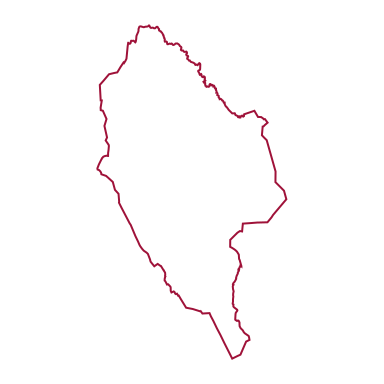 Kalncempju pag., Aluksne, Latvia (Robinson projection), rotated 269°
{"feature_id": "27541924B44633250029767", "entity_name": "Kalncempju pag.", "entity_type": "district", "adm_level": 2, "iso_a3": "LVA", "parent_name": "Latvia", "parent_adm1": "Aluksne", "projection": "robinson", "projection_center": [26.892, 57.332], "detail": "fine", "context": "isolated", "style": "outline", "palette": "rose", "viewbox_px": 384, "rotation_deg": 269, "n_neighbors": 0, "source": "geoboundaries", "source_scale": "gbopen_adm2", "svg_char_len": 6009}
<svg xmlns="http://www.w3.org/2000/svg" viewBox="0 0 384 384"><g transform="rotate(269 192 192)"><path d="M183.1,286.2L191.7,284.0L200.4,275.6L211.1,275.9L242.5,267.6L245.2,265.0L247.5,262.9L256.2,263.8L256.4,264.7L257.7,266.0L260.0,268.8L263.6,266.2L263.5,265.0L263.9,264.9L265.7,262.5L265.9,259.3L272.1,255.8L268.8,245.5L267.0,245.3L266.5,244.6L266.7,244.1L267.4,243.9L267.5,243.3L267.2,242.9L267.1,242.5L266.6,242.0L265.7,241.8L265.6,241.5L266.7,241.3L266.9,240.5L266.1,240.1L265.9,239.8L266.0,239.4L266.7,239.1L267.3,238.7L267.9,237.6L268.1,237.1L268.1,236.9L268.9,236.5L269.5,236.4L270.0,236.1L269.9,234.9L269.9,233.6L273.5,230.1L275.2,229.0L276.6,227.9L276.8,227.5L277.2,227.2L279.0,226.3L280.8,226.2L280.8,225.7L280.8,225.3L281.3,225.1L282.1,224.9L282.4,224.6L282.8,224.4L283.0,223.7L283.7,223.4L284.4,222.7L284.5,222.2L284.3,221.3L285.4,221.1L285.7,220.6L286.1,220.3L287.1,220.4L287.6,220.4L288.3,219.5L288.4,219.0L288.5,218.9L289.5,219.2L290.2,219.2L291.0,218.6L291.0,218.1L291.6,218.3L292.3,218.3L293.5,217.7L293.8,217.8L295.0,217.8L295.1,217.7L294.9,217.1L295.1,216.9L295.6,216.6L296.6,216.5L297.7,216.0L297.6,215.7L297.2,215.1L297.5,215.0L298.1,215.0L298.5,214.6L298.7,214.1L298.4,213.7L298.3,213.3L298.8,213.1L299.3,212.7L299.6,212.3L299.5,211.7L299.0,211.4L297.6,211.3L297.0,210.8L296.9,210.3L297.3,209.5L297.2,209.2L296.9,208.6L296.9,208.3L298.1,207.6L298.1,207.3L299.3,207.0L300.1,207.1L300.7,207.1L301.0,207.0L301.2,206.9L300.9,206.6L301.1,205.9L301.7,205.7L301.9,205.5L302.0,205.4L302.3,205.7L302.5,206.2L302.9,206.5L303.0,207.2L303.1,207.3L304.2,206.6L304.6,206.7L305.0,206.9L305.6,206.8L306.2,206.9L306.7,206.8L307.2,206.3L307.3,206.1L306.9,206.0L306.8,205.8L306.9,205.5L306.6,205.2L306.6,204.9L307.3,203.8L309.3,203.5L309.8,203.2L309.6,202.6L309.0,202.2L309.0,201.9L309.6,201.6L310.6,201.4L312.5,200.3L313.0,200.3L313.4,200.7L313.5,201.2L313.8,201.8L314.4,202.2L315.2,202.3L318.9,202.5L319.5,202.5L320.2,202.3L320.7,201.5L320.4,201.2L319.7,201.1L319.7,200.5L318.7,199.8L318.8,199.5L319.2,199.0L319.3,198.5L319.0,197.7L319.2,197.4L320.3,197.0L321.2,195.7L322.2,193.0L323.5,192.1L323.4,191.4L324.6,190.5L325.2,189.9L325.2,189.6L325.3,189.5L325.7,189.5L326.5,189.8L327.3,190.5L328.0,190.4L328.4,189.9L328.5,189.3L328.6,189.0L329.0,188.8L329.5,188.6L330.0,188.7L330.8,189.4L331.4,189.4L332.2,189.1L332.5,188.7L332.3,188.0L332.2,186.7L333.0,185.9L333.6,185.6L333.7,185.0L333.6,184.4L333.7,184.0L334.3,183.4L334.7,183.4L336.2,183.9L336.8,183.9L337.2,183.7L338.2,182.4L339.5,181.7L340.4,180.5L340.8,179.8L340.7,178.1L339.7,177.0L339.3,175.8L339.6,175.3L340.6,174.6L340.8,174.0L340.5,173.6L340.5,172.9L340.8,172.2L340.2,170.7L340.2,170.0L340.5,169.8L342.5,169.5L342.9,169.0L342.8,167.5L343.0,167.4L344.4,167.3L345.0,167.5L345.7,167.3L346.2,166.9L346.7,167.0L347.2,166.8L347.7,166.4L349.1,166.3L349.3,165.9L349.9,165.8L351.9,164.7L352.2,164.2L353.0,163.8L353.2,163.1L353.5,162.9L353.8,162.6L354.0,162.0L354.2,161.9L354.7,161.8L355.5,161.9L356.1,161.3L357.6,160.5L357.8,160.1L357.7,159.4L356.5,158.2L356.3,157.8L356.4,156.8L357.0,155.8L357.0,155.0L356.8,154.3L356.8,153.8L357.0,153.4L357.9,152.8L359.2,152.2L359.3,151.9L358.7,151.3L358.3,150.6L358.1,149.1L358.1,148.4L357.8,147.3L357.6,146.8L357.7,146.1L358.0,145.4L358.1,144.8L358.5,143.8L358.5,143.3L358.4,142.7L358.2,142.3L356.8,141.7L355.9,141.4L354.0,141.3L353.2,141.1L349.3,139.3L348.3,139.1L345.9,138.9L343.4,138.4L342.8,138.1L342.6,137.9L343.1,137.4L344.1,136.5L344.3,136.0L344.1,134.8L344.3,133.9L344.0,133.6L342.3,133.3L341.9,133.1L341.4,132.7L341.3,131.9L341.5,131.6L342.3,131.0L342.3,130.8L338.7,130.2L326.4,128.8L324.2,127.7L322.1,126.3L322.7,125.8L318.2,122.7L312.9,119.4L312.4,116.5L311.2,111.1L304.7,105.4L300.7,101.7L285.2,102.3L285.1,103.4L277.9,102.1L275.4,102.2L274.8,104.3L266.5,107.8L259.6,105.6L248.0,108.0L245.0,106.6L240.6,109.5L239.5,109.7L235.6,109.3L232.4,108.8L229.5,108.7L229.5,108.4L229.8,107.2L229.4,105.3L228.8,103.9L228.0,103.3L227.4,102.6L227.0,102.4L226.7,102.4L226.2,102.0L221.2,99.4L217.3,97.8L216.1,98.0L215.5,99.5L214.2,100.7L213.0,101.4L211.3,101.7L209.6,106.4L203.4,113.0L195.5,115.0L191.5,118.5L183.7,119.0L182.6,118.8L177.6,121.2L161.6,129.2L160.3,130.1L148.8,134.7L143.4,137.2L140.2,138.5L138.7,139.3L136.1,141.1L134.2,142.7L132.2,145.5L130.9,146.8L125.2,148.9L124.0,149.1L122.9,149.5L118.4,153.0L120.7,156.4L118.6,159.3L118.5,159.7L114.1,162.3L114.1,162.5L113.1,162.9L112.0,163.6L111.7,163.7L109.6,163.8L108.6,163.6L108.0,163.9L107.8,163.7L106.6,163.5L106.4,163.3L105.7,163.2L104.6,163.1L103.9,163.1L103.5,163.6L102.2,164.3L99.9,165.4L100.2,166.4L100.1,166.6L97.9,168.6L97.4,168.9L96.6,169.0L93.6,169.0L92.1,169.6L91.9,169.7L92.9,172.0L92.1,172.9L90.7,173.4L90.2,174.1L90.6,175.2L88.5,176.4L88.7,176.9L88.4,177.1L85.2,178.9L76.4,184.1L75.6,187.9L75.0,190.7L72.4,198.5L72.6,198.7L70.3,200.3L70.6,207.4L67.4,208.7L62.7,211.1L55.3,214.5L48.6,217.9L40.2,221.8L24.7,229.3L27.3,234.8L28.5,237.6L41.5,243.5L43.1,246.9L45.8,246.5L47.1,246.1L49.9,242.2L51.3,241.1L52.2,240.7L53.0,240.2L54.9,238.3L56.9,237.3L58.4,237.2L60.6,237.2L61.2,237.0L62.3,236.5L62.5,236.3L62.7,235.9L62.7,235.6L62.3,234.9L62.3,234.7L62.8,234.2L63.1,233.4L63.5,233.1L63.8,233.0L69.3,233.4L70.5,233.7L72.5,235.2L72.8,235.3L73.5,235.1L75.8,232.2L76.3,231.7L76.8,231.4L77.4,231.3L78.8,231.5L79.3,230.8L79.6,230.7L80.2,230.8L81.7,231.1L84.0,231.1L86.7,231.5L88.1,231.3L89.7,231.4L92.0,231.9L94.3,231.3L96.0,231.2L96.6,231.1L98.1,231.4L98.3,231.8L98.5,231.9L99.1,231.3L99.8,231.6L100.6,232.1L101.6,233.1L103.5,234.2L104.5,234.7L105.1,234.5L107.4,235.2L109.7,236.4L110.7,236.4L112.2,237.4L113.6,237.8L113.8,237.7L113.6,237.0L113.8,237.0L114.2,237.2L115.1,238.0L116.0,238.3L116.1,238.6L117.7,239.1L117.6,239.4L116.9,240.1L117.0,240.1L118.8,239.6L123.1,238.5L124.3,237.9L128.5,237.7L129.1,237.4L131.6,235.9L132.9,234.6L133.8,233.5L135.3,231.3L136.5,229.2L143.5,229.4L150.5,236.7L152.1,239.2L151.7,241.4L159.5,242.3L159.9,250.2L160.3,256.4L160.4,266.9L165.3,271.1L167.7,272.7L183.1,286.2Z" fill="none" stroke="#9f1239" stroke-width="2"/></g></svg>